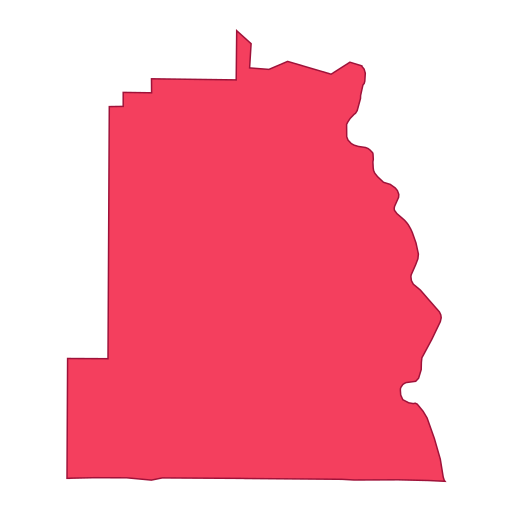 Asotin, Washington, United States of America
{"feature_id": "52423323B79616802808075", "entity_name": "Asotin", "entity_type": "district", "adm_level": 2, "iso_a3": "USA", "parent_name": "United States of America", "parent_adm1": "Washington", "projection": "albers", "projection_center": [-117.06, 46.229], "detail": "fine", "context": "isolated", "style": "filled", "palette": "rose", "viewbox_px": 512, "rotation_deg": 0, "n_neighbors": 0, "source": "geoboundaries", "source_scale": "gbopen_adm2", "svg_char_len": 1510}
<svg xmlns="http://www.w3.org/2000/svg" viewBox="0 0 512 512"><path d="M361.9,65.9L349.9,62.2L331.1,74.2L287.6,61.4L268.9,69.4L249.6,67.9L251.1,43.7L236.7,30.7L236.2,79.9L151.5,78.8L151.6,92.8L123.2,92.4L123.2,106.4L109.3,106.6L108.0,358.7L67.6,358.5L67.0,478.3L70.0,478.3L70.2,478.2L93.8,477.7L126.8,477.8L151.4,480.1L162.3,477.9L243.4,478.4L244.9,478.5L246.2,478.5L341.8,479.3L354.3,480.0L398.2,479.8L428.5,480.5L445.0,481.3L444.2,480.2L443.2,477.0L440.3,459.2L434.4,438.6L427.1,418.0L423.1,411.3L417.2,404.1L415.2,403.2L413.3,403.6L408.7,402.8L402.8,399.7L400.7,395.0L400.4,390.6L400.4,388.8L400.9,387.3L402.8,384.5L404.1,383.6L406.0,382.6L415.7,381.3L418.6,378.2L421.2,369.6L421.4,362.2L421.9,357.7L423.2,355.4L431.8,339.4L440.3,321.7L441.2,317.8L440.8,314.9L439.4,311.9L427.5,298.3L420.4,290.1L413.3,284.2L411.4,280.6L410.9,276.6L411.2,274.8L415.6,264.8L417.9,258.8L418.4,254.1L416.0,243.0L412.3,232.5L410.7,229.0L408.3,224.8L406.8,222.8L404.5,220.2L396.9,213.6L394.4,210.2L394.2,208.2L394.6,206.3L398.6,197.3L398.8,194.4L397.4,190.6L395.3,188.0L390.3,184.4L383.5,182.3L377.5,176.6L374.7,173.1L373.6,170.6L373.2,167.9L372.9,161.9L373.3,159.4L373.0,153.9L372.6,152.7L370.0,150.0L368.0,148.5L365.5,147.5L358.2,146.4L354.0,145.1L351.2,143.5L348.0,140.1L346.7,136.7L346.7,135.7L346.6,124.4L347.8,122.0L350.1,118.5L354.0,114.4L355.5,113.3L357.2,110.6L360.5,98.5L360.6,95.5L362.9,85.1L364.2,83.4L364.8,81.2L365.3,73.2L364.1,69.1L361.9,66.4L361.9,65.9Z" fill="#f43f5e" stroke="#9f1239" stroke-width="1.5"/></svg>